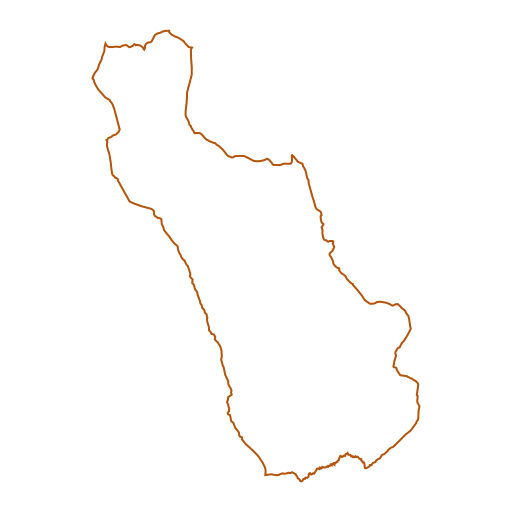 outline of El Dorado, San Martín, Peru
{"feature_id": "86281439B18288209632206", "entity_name": "El Dorado", "entity_type": "district", "adm_level": 2, "iso_a3": "PER", "parent_name": "Peru", "parent_adm1": "San Martín", "projection": "robinson", "projection_center": [-76.72, -6.537], "detail": "fine", "context": "isolated", "style": "outline", "palette": "amber", "viewbox_px": 512, "rotation_deg": 0, "n_neighbors": 0, "source": "geoboundaries", "source_scale": "gbopen_adm2", "svg_char_len": 6055}
<svg xmlns="http://www.w3.org/2000/svg" viewBox="0 0 512 512"><path d="M418.5,411.2L419.5,406.3L417.5,402.7L417.2,401.0L417.7,396.1L417.0,395.5L416.8,395.0L418.3,384.4L417.4,382.7L415.7,381.0L413.6,380.0L412.1,378.7L410.1,378.1L408.8,377.2L407.9,377.0L407.0,376.2L400.2,375.2L397.0,370.4L396.3,367.9L395.6,367.5L393.9,367.3L393.4,366.6L394.6,360.2L396.0,356.0L396.0,355.1L395.3,353.4L395.5,352.0L397.8,348.1L399.5,347.5L402.0,342.7L403.4,341.5L404.2,340.5L407.3,335.5L410.8,328.7L410.1,325.9L409.2,319.5L408.3,315.8L406.1,313.1L405.3,311.1L404.4,310.0L401.6,308.0L400.5,306.5L397.7,304.1L395.5,304.3L393.2,305.5L392.2,305.5L389.0,303.7L385.5,302.6L379.8,301.7L376.7,302.1L375.2,303.2L372.9,303.7L370.4,303.8L369.5,303.5L365.2,300.4L364.3,299.4L362.1,295.9L357.5,290.1L353.2,285.3L352.9,284.1L351.6,283.5L349.7,281.9L346.9,279.0L345.9,276.8L345.3,276.0L343.8,274.7L342.1,273.8L340.7,272.5L339.2,270.3L339.3,268.6L339.1,268.2L337.1,267.7L336.1,267.0L334.2,264.8L333.5,263.8L332.9,261.0L331.2,257.2L329.8,255.5L329.5,254.0L329.7,253.4L332.2,251.2L334.2,247.3L334.1,246.5L332.8,243.9L333.3,241.4L332.0,241.0L329.5,241.0L328.5,241.6L327.7,241.6L326.4,240.4L324.2,239.8L323.1,237.3L322.4,233.4L322.6,230.5L321.6,227.2L323.3,224.8L323.4,224.1L321.7,222.5L321.0,220.6L320.6,216.4L320.8,215.8L321.6,215.0L321.3,213.6L320.5,211.6L316.4,208.9L315.3,206.6L314.1,201.7L312.7,197.7L308.7,183.2L308.5,180.1L307.1,177.9L305.7,171.2L304.0,167.6L303.1,166.4L302.5,163.8L297.8,161.7L294.3,157.2L292.2,155.1L291.8,155.3L292.0,159.2L291.8,162.0L290.8,163.6L288.1,163.8L285.6,163.6L282.6,163.9L281.5,164.7L279.7,165.1L273.2,164.9L269.8,160.5L268.9,159.7L267.0,158.7L265.2,159.8L261.8,160.8L259.0,161.2L255.7,161.2L253.6,160.8L244.9,156.3L243.0,155.9L236.2,156.0L234.4,156.4L233.3,157.3L231.9,157.5L230.8,156.9L228.5,156.2L226.9,154.9L223.0,149.8L218.9,146.0L216.8,144.8L215.0,143.1L212.9,142.6L211.4,141.8L210.3,141.7L208.3,140.4L206.7,139.7L205.2,138.5L202.1,134.8L200.4,133.4L199.5,133.1L196.2,133.0L195.0,133.3L194.5,133.1L193.5,131.0L192.8,130.2L191.1,127.2L190.8,126.0L189.5,124.8L188.9,122.4L187.7,119.6L186.1,117.0L185.6,115.1L185.6,111.4L186.6,102.9L187.2,92.0L191.7,74.9L191.8,67.8L191.1,58.1L190.9,50.3L191.0,49.3L192.0,47.6L188.8,47.1L185.6,43.8L183.3,40.9L178.2,37.6L175.5,36.7L171.5,34.6L169.2,32.1L169.2,30.7L165.1,30.9L162.2,31.7L160.5,32.7L157.6,33.4L155.5,34.6L154.9,35.1L151.6,41.4L150.4,42.3L147.8,42.6L146.2,43.7L145.0,45.8L145.1,47.4L144.2,49.7L143.7,49.3L142.9,47.4L139.9,45.4L137.0,44.9L135.9,45.2L134.8,44.2L133.8,44.6L132.9,45.7L131.8,46.4L129.7,47.2L129.3,47.2L126.4,45.1L124.3,45.2L122.1,45.9L120.0,47.0L115.9,46.6L112.5,47.1L108.9,47.0L107.8,46.5L106.5,45.4L105.5,43.6L104.6,47.2L104.3,51.3L102.1,56.8L101.7,59.2L99.2,64.3L97.7,69.3L94.8,72.9L92.9,76.7L92.5,78.5L93.7,79.7L94.1,81.7L95.6,85.0L98.3,89.6L105.5,97.6L109.7,100.0L110.1,101.2L111.3,102.4L112.7,104.7L114.4,109.4L119.7,129.5L119.0,131.4L116.4,134.2L112.7,135.6L111.3,136.9L108.0,138.3L107.3,140.0L106.5,140.1L107.4,142.2L107.0,143.5L107.0,145.8L107.8,149.4L109.1,153.1L109.6,155.5L110.7,162.2L111.5,169.9L112.4,174.8L114.5,176.6L115.1,177.6L117.6,178.8L118.1,180.8L129.5,201.3L132.6,203.0L141.0,206.1L151.2,208.8L153.2,210.1L153.7,210.8L154.1,214.4L154.9,215.9L157.9,217.9L159.7,218.2L161.3,219.0L161.8,224.2L163.4,227.4L164.1,230.3L169.2,236.5L172.1,240.7L174.8,243.8L177.4,246.0L177.7,246.7L178.2,250.0L179.4,253.1L180.6,255.0L181.3,257.2L183.1,259.5L184.3,260.2L186.2,264.2L187.9,266.2L190.2,273.1L190.3,274.5L190.0,276.4L190.2,277.0L192.6,279.5L192.2,282.5L192.3,283.2L193.9,284.8L194.7,288.3L195.6,290.1L197.1,291.9L197.7,295.1L200.0,301.2L200.4,303.5L201.7,305.2L202.4,308.2L204.0,309.6L205.1,312.9L206.5,314.2L206.7,314.7L206.8,316.1L207.4,317.6L207.0,319.1L207.4,322.4L208.9,327.0L209.1,330.5L210.4,331.7L211.6,334.0L214.0,334.5L215.3,337.2L214.7,339.2L216.5,341.3L217.7,342.1L219.0,344.5L219.8,345.4L220.9,348.4L221.5,350.9L221.8,356.4L221.2,359.3L222.8,365.6L223.6,367.2L225.4,375.3L228.2,381.0L228.3,384.3L230.9,388.8L231.5,390.8L231.0,392.4L231.7,394.7L228.1,397.2L228.0,399.9L227.3,401.0L227.2,402.5L228.3,404.9L228.5,406.8L229.3,408.5L228.9,409.7L229.0,411.2L227.8,412.6L227.8,413.6L228.2,414.3L230.1,415.2L231.2,421.1L233.5,423.1L235.4,428.2L237.0,429.8L239.0,432.7L239.1,434.8L239.9,436.6L241.8,437.2L242.0,437.5L242.0,439.3L245.6,444.0L252.8,450.4L257.2,455.0L258.5,456.5L262.8,462.9L265.0,467.6L265.4,469.3L265.6,470.9L265.3,475.1L271.2,474.3L276.4,475.2L278.8,475.0L280.3,474.0L282.0,473.6L282.6,473.3L284.4,473.8L286.7,473.4L288.3,472.7L289.0,473.0L289.5,472.8L290.6,473.1L292.0,472.2L295.5,474.1L297.3,476.9L297.7,478.3L299.0,478.9L299.9,480.0L300.2,481.0L300.9,481.3L302.0,481.1L302.5,480.7L303.4,479.0L304.9,478.9L305.4,477.7L306.0,477.5L307.1,477.9L308.2,477.0L308.7,476.3L308.6,474.6L309.5,473.3L310.2,473.2L310.6,474.2L311.2,474.5L312.3,474.1L313.1,473.2L314.2,473.6L316.6,469.6L316.9,468.7L318.4,468.4L318.8,468.5L319.2,469.2L319.7,469.2L320.1,467.6L321.0,468.3L321.5,468.4L322.3,466.8L324.3,467.6L325.2,467.3L325.9,467.4L327.0,466.6L327.9,466.9L328.2,465.8L329.2,466.0L330.1,465.7L330.6,464.3L331.5,464.2L332.0,465.0L332.3,464.2L332.7,463.9L334.4,464.8L334.4,464.2L333.6,463.5L333.7,463.1L334.3,462.9L335.6,463.2L336.4,462.0L337.3,462.0L337.6,460.8L339.0,459.9L339.2,458.4L340.4,455.8L340.7,455.8L341.2,456.7L341.7,456.9L342.7,456.8L343.5,455.7L345.0,456.0L345.3,455.5L345.4,454.4L346.8,453.8L347.6,453.0L348.4,454.8L350.4,454.8L351.1,456.3L351.5,456.1L352.1,456.6L352.7,456.3L352.9,457.1L353.9,457.2L354.5,457.2L355.4,456.3L356.1,457.1L356.6,456.8L357.7,456.7L359.2,458.6L359.9,458.7L360.4,459.2L361.3,459.2L361.3,460.7L362.5,461.3L362.6,462.2L362.9,462.6L363.9,462.5L364.4,463.5L364.8,467.3L365.1,468.1L365.8,468.3L366.7,468.0L369.6,466.3L370.0,465.0L371.3,465.2L372.8,463.0L375.5,462.0L376.2,460.4L377.3,459.6L379.9,458.3L382.0,454.9L384.1,454.2L385.2,453.3L387.7,451.0L388.2,449.9L390.5,448.0L391.7,447.4L393.0,447.1L405.9,434.3L410.8,430.5L416.1,423.2L416.8,421.1L417.8,420.0L418.3,418.2L418.5,411.2Z" fill="none" stroke="#b45309" stroke-width="2"/></svg>